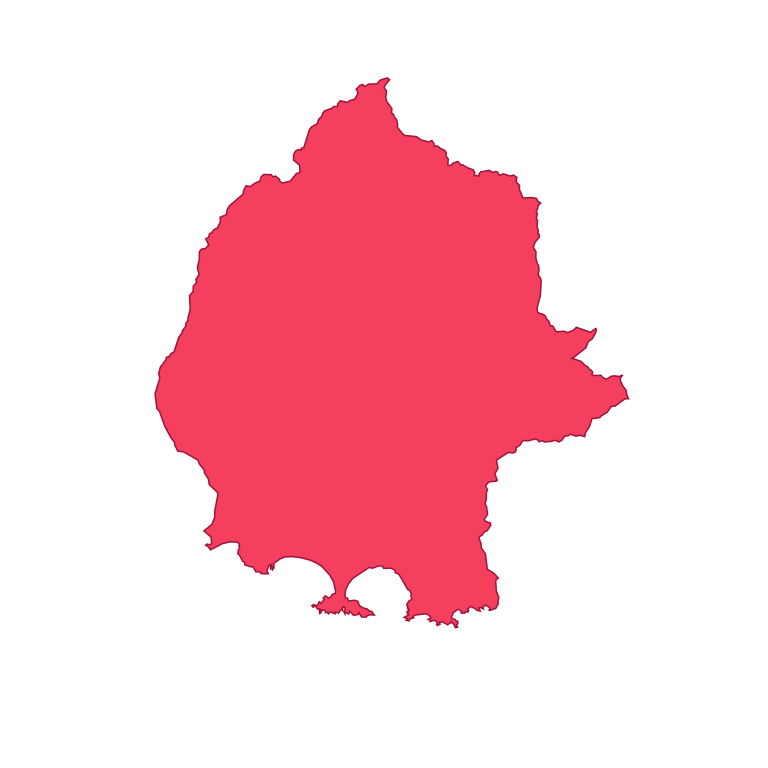 the district of Santa, Áncash, Peru, rotated 315°
{"feature_id": "86281439B85206486043179", "entity_name": "Santa", "entity_type": "district", "adm_level": 2, "iso_a3": "PER", "parent_name": "Peru", "parent_adm1": "Áncash", "projection": "orthographic", "projection_center": [-78.368, -9.004], "detail": "fine", "context": "isolated", "style": "filled", "palette": "rose", "viewbox_px": 768, "rotation_deg": 315, "n_neighbors": 0, "source": "geoboundaries", "source_scale": "gbopen_adm2", "svg_char_len": 6171}
<svg xmlns="http://www.w3.org/2000/svg" viewBox="0 0 768 768"><g transform="rotate(315 384 384)"><path d="M546.5,567.4L548.0,563.3L550.7,559.7L551.5,553.9L553.5,549.0L555.2,546.9L559.2,546.4L555.6,545.0L552.7,541.1L550.1,539.2L544.6,537.9L543.2,533.9L543.6,531.3L538.7,526.8L537.5,524.2L539.8,523.4L540.3,521.3L539.5,518.2L540.3,516.1L539.3,513.1L539.4,507.3L534.7,498.0L536.0,499.3L552.2,501.1L558.5,498.5L563.1,499.3L569.8,497.5L572.8,495.6L573.1,494.6L566.5,493.3L560.1,479.9L555.6,479.9L550.1,477.3L548.8,474.2L542.6,468.7L544.4,462.6L542.9,460.2L545.0,456.1L545.0,452.9L546.2,449.9L545.7,447.0L543.5,443.2L543.6,441.6L545.4,438.9L557.0,432.1L568.1,422.2L569.6,419.6L570.1,415.8L573.9,413.3L577.1,409.5L577.6,407.0L580.7,402.0L585.1,397.8L586.1,393.1L590.9,390.6L597.6,390.0L599.4,388.1L598.9,386.8L601.7,384.6L603.2,381.3L608.6,376.5L608.2,375.0L612.8,372.1L614.0,369.1L615.9,369.1L619.4,366.8L622.7,366.9L622.0,363.7L622.9,360.2L620.3,356.6L613.8,350.8L617.3,342.2L620.2,339.5L620.5,334.2L624.1,331.8L623.2,327.8L620.0,325.9L617.0,319.7L613.2,318.2L614.1,314.6L613.5,313.0L610.3,311.0L609.6,307.4L602.5,302.5L600.3,302.5L598.0,303.9L595.4,300.4L597.7,298.6L598.6,295.7L595.9,290.1L594.6,284.6L593.3,283.6L593.6,278.8L588.4,276.5L586.1,277.0L583.8,274.3L588.5,270.4L589.0,266.6L591.7,264.3L592.0,261.1L590.3,256.9L590.1,253.6L587.6,251.2L589.3,249.5L590.0,245.6L587.1,244.7L586.1,243.2L582.8,237.6L581.8,231.9L574.6,223.2L574.1,220.0L575.1,211.8L577.8,209.4L579.9,205.8L579.9,202.9L581.4,200.1L581.1,197.6L584.3,194.9L585.6,186.6L587.4,183.1L593.1,178.4L593.4,174.9L596.4,173.4L603.1,172.8L602.8,169.9L595.8,166.3L591.3,166.9L585.4,161.2L580.7,160.1L580.8,157.2L578.5,155.9L572.7,155.9L572.3,158.1L570.5,160.4L564.3,161.9L560.7,159.6L557.2,158.8L553.3,152.8L549.3,153.3L547.0,154.9L544.8,152.2L542.3,152.2L535.0,148.9L532.4,149.1L529.6,150.7L525.0,150.6L520.8,152.8L514.6,151.0L511.2,151.4L494.5,160.1L492.3,158.9L490.7,160.3L489.6,157.9L486.7,156.7L482.7,157.6L478.4,161.6L479.0,169.7L474.8,174.4L473.1,174.7L471.0,173.2L461.3,174.3L454.2,170.0L453.7,167.3L454.8,165.4L454.3,160.3L451.9,158.7L452.3,156.3L447.2,150.8L443.7,150.6L439.8,152.8L435.1,150.9L428.9,149.7L426.7,146.3L421.1,148.1L418.8,150.1L400.9,148.7L396.7,149.7L392.2,152.8L386.1,150.2L382.8,153.7L376.2,155.9L372.9,154.6L369.0,155.2L366.7,154.4L364.0,156.2L360.6,155.4L358.3,161.8L352.9,161.9L351.9,160.4L349.4,159.4L346.9,160.0L341.4,165.4L334.6,169.5L330.6,175.8L324.8,177.1L323.2,179.7L318.4,179.9L314.6,183.5L309.0,184.0L299.7,194.3L291.7,198.9L290.9,200.3L286.9,201.0L284.3,203.1L279.5,203.6L277.6,205.0L272.2,205.8L258.2,212.8L255.0,211.9L250.9,212.6L249.1,211.1L247.4,212.5L237.6,214.0L232.1,217.3L229.6,221.3L215.2,229.0L206.0,240.9L205.9,244.5L199.0,259.2L195.5,270.9L194.5,277.4L192.9,279.2L190.7,285.6L194.3,290.4L198.6,306.2L196.9,310.1L196.1,317.9L194.4,319.3L192.6,327.1L189.3,331.6L189.6,342.5L188.4,344.7L174.6,354.1L169.8,358.7L163.0,361.6L152.8,360.5L153.4,370.0L149.1,375.2L147.1,374.3L145.7,372.1L143.9,371.9L144.6,375.1L144.1,378.6L156.6,382.5L162.9,386.3L168.5,392.1L168.7,395.2L167.1,395.6L166.0,397.9L163.7,398.3L160.5,400.7L160.8,402.6L158.7,409.4L159.4,411.4L157.7,413.6L160.9,419.7L162.2,420.3L160.6,426.3L163.4,429.1L162.9,431.1L167.8,436.3L168.6,435.8L168.6,433.7L174.5,430.7L175.5,431.6L172.3,435.7L175.9,431.8L176.9,432.2L174.1,436.5L176.2,436.2L179.4,432.9L187.3,434.3L191.6,436.2L196.9,441.0L202.3,447.8L207.4,456.7L209.9,463.5L211.1,469.1L210.5,481.1L208.3,488.5L203.2,496.4L201.5,497.5L198.4,496.1L195.7,497.0L193.6,496.1L192.7,492.3L189.5,492.5L189.2,494.1L184.4,494.6L184.2,492.2L180.9,493.3L179.4,492.7L178.2,490.2L176.3,489.7L176.0,491.8L178.6,492.1L177.8,496.1L179.3,497.2L176.2,500.8L177.4,501.2L179.5,499.3L179.4,500.6L180.9,500.1L182.4,502.8L180.9,504.2L182.3,504.7L182.2,507.3L184.6,506.9L186.9,511.9L188.4,510.7L189.6,513.8L194.7,513.1L194.6,515.2L196.4,512.9L198.3,513.2L197.8,515.4L194.3,517.5L193.8,519.0L195.2,517.9L196.4,521.7L199.1,520.3L198.9,526.1L202.7,528.7L204.6,528.0L203.4,532.8L206.7,536.4L207.8,535.8L210.8,537.2L213.8,540.5L214.5,535.9L213.4,534.9L212.9,530.7L211.1,528.1L209.9,523.4L211.9,519.1L210.0,515.8L205.4,512.4L206.8,509.6L205.6,508.5L206.4,506.3L211.4,502.4L216.9,500.3L224.2,499.3L243.7,503.2L245.5,506.1L251.3,508.7L254.0,511.3L253.4,514.2L258.6,519.0L259.9,522.7L259.6,524.5L258.5,525.3L260.0,529.2L255.5,546.0L256.1,547.8L254.9,552.0L253.6,552.4L251.5,555.9L248.6,555.1L244.5,555.8L243.5,556.8L243.7,558.2L242.3,558.8L242.6,560.8L241.5,560.5L240.9,562.3L239.3,561.3L238.0,563.1L238.9,564.1L238.2,564.8L233.2,563.2L234.4,566.7L232.7,566.8L234.2,569.3L236.0,568.4L239.7,570.3L239.8,568.8L242.5,569.4L250.6,575.6L252.1,578.4L252.1,581.9L251.4,582.7L248.7,581.7L249.4,583.5L248.6,584.7L251.9,586.2L253.2,588.1L252.8,590.4L251.1,591.4L250.9,592.5L253.9,593.5L254.6,591.5L257.2,593.8L258.7,599.2L262.2,599.9L263.5,599.3L263.1,601.9L263.8,602.4L262.1,606.8L264.2,608.0L264.4,605.6L266.5,605.8L268.4,603.9L267.5,603.1L267.8,600.6L266.2,598.1L266.8,596.6L271.3,594.8L276.0,595.4L277.6,596.5L277.9,600.1L276.6,600.4L278.8,603.0L280.7,602.7L282.2,604.7L284.0,603.8L283.9,602.2L288.0,602.7L290.0,608.5L289.6,609.6L291.5,612.7L292.7,609.4L293.8,609.7L295.3,613.3L296.1,611.5L299.7,612.4L300.6,616.7L299.3,618.6L298.0,617.8L298.8,619.0L304.3,621.7L309.3,620.3L310.1,618.9L314.1,616.3L317.1,609.7L323.6,602.4L325.4,601.5L327.6,602.1L327.9,595.6L326.1,588.0L335.7,575.7L336.9,568.5L339.7,565.6L342.1,560.1L343.6,559.4L346.4,560.3L350.8,559.5L353.2,560.7L359.4,559.4L361.0,557.8L358.7,552.9L358.7,550.8L365.1,549.4L369.7,543.4L370.7,540.1L374.8,537.9L379.9,533.0L382.3,532.0L383.9,527.7L388.9,527.4L395.0,532.2L396.1,532.1L398.8,525.9L405.0,524.2L409.7,517.3L422.7,520.1L424.3,521.0L425.9,523.6L428.4,524.8L430.7,524.4L431.8,522.3L437.3,523.4L441.3,522.2L442.8,522.8L445.6,526.0L452.3,530.0L453.2,532.8L452.7,534.4L455.5,535.7L456.6,538.5L461.3,542.6L465.2,544.7L466.7,548.6L470.1,549.5L474.9,548.6L477.6,550.9L480.2,551.3L482.9,556.7L486.0,558.5L488.8,563.2L491.4,561.1L499.2,559.4L506.6,555.6L512.9,560.4L514.9,560.1L521.7,561.8L529.2,560.6L531.7,563.0L544.0,564.9L546.5,567.4Z" fill="#f43f5e" stroke="#9f1239" stroke-width="1.5"/></g></svg>